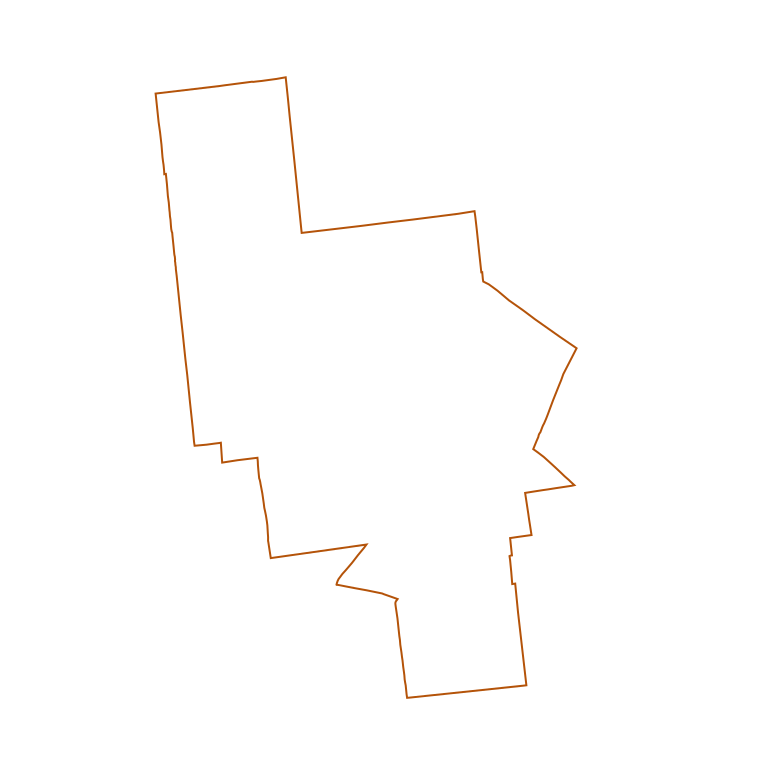 Silistea Crucii, Dolj, Romania (Mercator projection), rotated 263°
{"feature_id": "2599482B51725370061105", "entity_name": "Silistea Crucii", "entity_type": "district", "adm_level": 2, "iso_a3": "ROU", "parent_name": "Romania", "parent_adm1": "Dolj", "projection": "mercator", "projection_center": [23.474, 44.047], "detail": "fine", "context": "isolated", "style": "outline", "palette": "amber", "viewbox_px": 768, "rotation_deg": 263, "n_neighbors": 0, "source": "geoboundaries", "source_scale": "gbopen_adm2", "svg_char_len": 2759}
<svg xmlns="http://www.w3.org/2000/svg" viewBox="0 0 768 768"><g transform="rotate(263 384 384)"><path d="M700.4,323.8L699.9,314.6L699.8,306.4L699.7,299.5L699.8,293.8L699.8,290.8L700.1,290.0L700.1,289.2L699.9,261.6L699.8,257.5L700.1,192.7L698.9,192.7L671.5,192.2L661.0,192.4L648.7,192.3L636.4,191.8L632.0,191.8L628.4,191.9L624.5,191.8L621.7,191.7L619.0,191.5L619.1,193.1L608.6,192.9L596.9,192.4L590.4,192.5L582.7,192.2L580.5,192.2L576.6,192.0L573.1,192.1L566.8,191.8L563.8,191.7L562.3,191.8L561.0,191.9L560.2,192.2L559.4,192.2L556.8,192.1L546.4,191.9L539.2,191.7L537.6,191.7L535.8,191.9L532.8,191.8L532.2,191.6L531.1,191.5L530.1,191.6L527.4,191.5L525.4,191.6L523.2,191.4L520.7,191.4L516.6,191.4L476.9,190.6L459.7,190.4L433.0,189.9L416.7,189.8L389.5,189.2L376.4,189.0L363.5,188.8L356.3,188.6L349.7,188.4L345.8,188.5L345.6,194.2L345.4,200.5L345.5,208.2L345.5,213.0L345.6,214.9L325.7,213.8L326.2,229.2L326.2,249.4L322.6,249.3L319.0,249.0L314.1,248.8L309.7,248.7L305.7,248.6L303.9,249.0L301.7,249.2L299.5,249.3L296.6,249.5L290.3,249.9L280.2,250.1L275.7,250.1L272.7,250.4L267.8,250.8L261.7,251.0L257.8,251.0L250.0,250.5L246.1,250.3L242.3,249.8L241.6,249.9L225.0,250.4L226.8,347.0L223.7,344.1L217.4,337.4L210.5,330.6L203.8,323.3L200.6,319.6L195.9,315.1L194.2,314.0L192.2,313.0L190.6,312.4L190.4,312.6L190.4,313.0L190.2,313.8L185.0,329.9L181.3,341.8L177.6,352.8L176.3,356.7L175.4,358.2L171.9,365.3L168.9,371.3L167.5,370.0L167.2,369.6L166.6,369.2L166.1,368.9L165.6,368.7L164.6,368.5L161.9,368.5L149.9,368.8L132.0,368.5L128.1,368.6L123.2,368.4L115.4,368.6L111.0,368.6L107.4,368.7L100.9,368.6L95.5,368.7L92.3,368.7L88.2,368.5L85.3,368.6L82.2,368.8L73.1,368.6L69.8,368.7L69.7,368.7L69.6,371.4L67.6,485.8L67.6,488.6L141.1,489.2L169.9,489.9L169.8,486.9L181.9,487.4L193.8,487.7L197.9,487.6L198.3,488.9L198.3,490.1L215.7,490.4L215.9,498.2L216.1,511.2L216.1,512.0L226.0,511.7L231.7,511.5L237.5,511.4L248.2,511.1L258.7,510.8L259.0,519.0L259.3,528.4L259.4,533.8L259.7,542.6L259.9,550.5L260.1,557.6L260.4,560.6L264.4,557.2L266.3,555.7L270.3,552.1L274.5,548.7L279.9,544.2L283.9,540.8L288.3,537.0L292.0,533.8L296.9,528.8L301.0,524.4L301.2,524.2L308.9,528.5L312.4,530.6L313.2,530.9L314.3,531.3L315.3,531.8L316.3,532.6L317.0,533.3L317.4,533.5L319.5,534.6L322.0,535.9L323.7,536.9L325.2,538.0L329.8,540.7L333.7,542.8L347.2,549.8L362.3,558.1L366.0,560.2L371.2,562.8L372.0,563.2L396.0,579.5L397.0,578.4L409.3,564.4L429.8,541.8L440.4,530.8L451.7,518.3L462.8,508.0L470.2,500.1L473.6,495.0L476.1,494.9L479.4,495.0L483.0,495.1L483.0,494.2L503.1,494.5L520.8,494.8L526.1,494.9L538.6,495.0L544.5,494.9L543.9,478.5L543.7,432.5L543.8,407.6L543.7,380.8L544.0,320.7L549.7,320.8L616.0,322.2L661.3,323.0L677.8,323.4L682.8,323.5L700.4,323.8Z" fill="none" stroke="#b45309" stroke-width="2"/></g></svg>